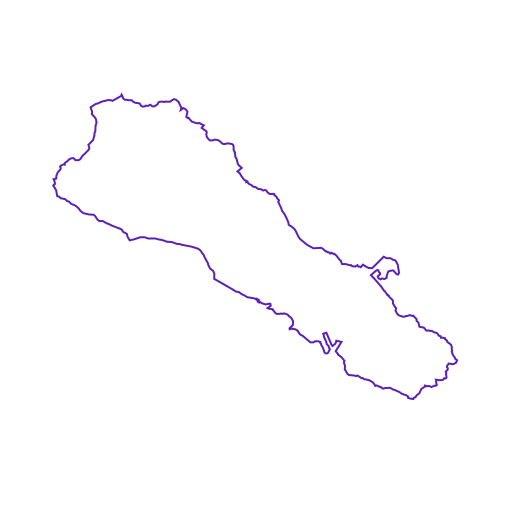 Danes, Mures, Romania, rotated 133°
{"feature_id": "2599482B49192163126076", "entity_name": "Danes", "entity_type": "district", "adm_level": 2, "iso_a3": "ROU", "parent_name": "Romania", "parent_adm1": "Mures", "projection": "orthographic", "projection_center": [24.701, 46.182], "detail": "fine", "context": "isolated", "style": "outline", "palette": "violet", "viewbox_px": 512, "rotation_deg": 133, "n_neighbors": 0, "source": "geoboundaries", "source_scale": "gbopen_adm2", "svg_char_len": 6072}
<svg xmlns="http://www.w3.org/2000/svg" viewBox="0 0 512 512"><g transform="rotate(133 256 256)"><path d="M337.8,456.4L339.1,453.7L340.4,452.2L342.7,452.4L344.2,447.0L347.8,442.2L346.9,440.5L346.9,438.2L344.6,434.4L344.6,431.4L343.7,429.8L343.9,426.5L342.6,423.4L342.2,421.2L342.1,417.7L342.6,416.1L342.7,414.2L342.4,411.5L339.6,406.6L336.5,402.8L336.5,401.0L337.5,396.5L337.3,394.4L335.1,392.1L334.7,391.1L334.4,389.0L333.8,387.9L333.7,386.6L333.1,385.8L331.9,381.7L328.5,373.3L328.3,371.7L329.0,370.0L327.9,365.4L329.5,363.2L330.7,359.1L327.7,357.0L321.4,353.5L318.4,350.5L316.6,346.6L312.0,341.8L310.1,338.2L309.0,336.7L307.0,332.8L306.6,331.3L303.2,327.1L301.2,322.3L299.5,320.2L297.9,317.1L293.0,309.3L290.4,303.8L289.9,302.0L289.9,300.0L290.7,296.8L290.9,294.8L291.9,293.0L294.2,285.9L295.0,285.0L296.5,281.1L296.1,277.3L297.3,274.5L301.2,271.0L296.0,248.5L295.8,246.6L294.0,243.8L293.7,240.5L292.6,237.1L292.1,234.3L288.2,228.5L287.8,227.2L286.8,226.6L286.5,225.1L286.7,224.8L287.3,226.3L287.6,226.5L287.7,226.2L287.4,224.8L286.9,224.7L286.6,224.2L287.5,224.4L288.0,223.9L288.2,222.6L287.7,221.8L287.0,222.2L286.4,219.2L284.9,216.0L281.5,213.5L281.2,212.9L282.3,211.3L286.2,212.0L285.8,210.7L283.5,207.3L284.1,206.6L284.0,204.7L284.5,204.0L284.3,201.5L281.7,198.8L281.0,198.5L279.9,196.8L278.9,196.4L277.3,193.0L277.5,190.3L277.2,187.9L278.5,184.3L281.3,182.0L286.0,182.2L286.6,181.4L284.3,179.9L283.7,178.5L283.0,177.7L282.4,176.0L282.5,175.2L282.2,174.0L282.8,173.2L283.3,170.2L282.5,167.3L282.1,157.4L279.9,155.0L278.1,154.7L276.0,152.4L275.0,150.3L275.7,149.9L275.8,148.6L276.7,147.3L277.5,144.4L279.8,140.1L279.8,138.8L278.8,137.6L277.7,137.3L273.7,138.4L273.4,140.0L272.4,141.3L272.1,144.5L271.0,145.8L268.6,151.5L267.7,152.4L267.0,153.8L264.1,152.2L269.5,140.1L269.7,138.7L266.4,138.2L265.0,138.5L263.2,139.5L260.5,134.9L271.3,132.8L271.8,129.0L272.2,128.7L271.7,124.4L272.4,119.7L274.0,119.1L275.6,116.0L278.5,113.6L278.7,112.1L279.6,109.8L279.8,108.3L279.6,106.8L276.4,102.6L275.5,100.9L274.2,100.3L273.3,95.3L272.6,94.9L272.4,93.1L269.8,88.9L268.8,85.0L268.9,82.8L269.7,80.2L268.8,79.9L268.0,78.7L268.1,78.1L267.3,76.6L267.2,76.0L266.9,75.8L267.0,75.3L266.6,74.8L266.4,72.6L264.2,71.3L260.9,67.9L260.2,64.7L259.4,63.4L257.6,57.9L257.4,55.7L255.3,50.8L255.0,49.0L256.0,48.1L254.8,45.5L253.3,43.4L252.2,43.9L250.4,43.1L248.0,43.5L245.1,42.9L240.6,44.4L236.6,43.5L235.5,44.1L235.1,43.6L235.1,42.6L233.1,40.9L232.2,38.4L228.8,36.8L228.5,36.1L227.1,35.8L225.4,38.3L224.1,39.3L223.7,40.0L221.5,36.8L219.4,35.1L219.0,34.8L217.0,35.0L216.5,33.9L215.4,33.6L214.1,34.6L213.1,36.2L211.7,37.1L211.3,38.3L208.1,38.4L207.1,39.5L207.0,40.6L206.3,41.2L203.2,41.7L200.7,38.0L197.7,36.9L195.1,37.8L195.3,40.2L194.8,40.8L194.4,43.2L193.5,46.0L192.8,46.6L192.4,47.7L191.4,48.1L190.0,50.0L189.3,50.3L188.0,52.5L188.0,54.7L188.4,57.4L187.6,58.7L187.9,61.0L187.2,61.6L188.6,64.1L189.6,64.8L188.8,66.4L189.5,67.6L189.4,69.1L189.0,70.1L189.1,71.6L190.3,73.5L190.9,76.4L192.0,77.5L192.6,78.8L194.4,80.5L193.9,84.4L196.3,88.3L193.9,91.7L193.9,94.4L192.7,95.4L192.4,100.4L193.3,100.9L194.3,103.2L196.5,104.3L198.0,105.7L199.1,105.9L200.3,107.4L201.9,110.7L202.1,112.8L200.8,116.7L198.6,118.0L198.4,119.7L197.4,123.3L195.1,125.7L195.0,130.6L194.4,132.4L194.6,133.0L195.0,133.1L193.9,137.7L194.1,138.3L193.0,143.5L191.9,153.8L191.7,158.9L184.8,158.2L183.6,157.7L183.0,156.9L183.8,155.5L184.0,153.4L185.2,152.7L187.2,153.2L188.1,152.9L188.7,151.2L188.3,149.1L186.4,148.5L185.4,146.5L183.0,145.5L181.8,146.6L177.8,148.5L176.6,148.5L173.6,146.5L172.9,145.5L173.4,141.4L173.0,139.7L172.5,139.4L170.7,140.0L165.6,146.5L164.2,151.0L165.3,153.2L165.9,156.1L168.6,159.1L169.4,162.1L185.7,162.7L187.9,165.4L188.9,168.7L189.4,171.9L192.7,171.7L192.9,172.8L194.0,173.9L193.5,175.6L196.0,176.2L197.8,178.6L197.9,180.4L199.1,181.4L199.5,182.6L200.9,185.1L203.2,187.6L201.6,190.7L201.8,192.2L200.9,197.3L201.0,200.2L201.5,200.4L202.1,202.9L203.1,202.9L203.7,203.9L203.4,204.2L203.7,205.5L204.5,206.3L204.5,207.7L205.1,208.3L205.1,211.6L205.5,213.8L211.2,219.3L213.0,226.4L213.5,235.2L213.1,237.7L210.6,244.1L210.0,246.5L210.3,251.0L210.8,252.2L210.8,253.5L209.3,255.3L207.3,260.0L205.9,263.9L205.2,267.8L203.7,270.4L201.3,276.6L199.8,277.0L199.5,277.5L199.4,280.0L198.7,281.6L199.0,284.0L198.2,284.8L198.4,285.3L201.2,288.1L201.6,290.6L201.1,292.9L201.2,293.6L201.9,294.7L203.2,295.4L203.8,298.0L205.5,300.1L205.9,303.4L207.3,305.4L207.2,307.3L208.1,310.6L208.1,311.9L207.3,312.9L207.5,313.4L208.4,313.7L207.6,314.3L208.1,315.2L208.3,317.1L207.4,321.7L206.6,324.2L206.8,327.2L201.3,326.5L201.4,330.7L201.0,332.1L198.1,336.7L197.6,338.9L196.6,339.6L195.2,341.8L194.5,342.0L193.9,344.4L190.9,347.4L190.4,348.5L190.5,350.0L192.8,353.4L195.4,355.2L196.5,356.5L196.8,357.7L196.7,360.5L197.1,362.5L197.7,363.7L199.2,365.7L200.7,366.3L203.0,368.7L202.8,371.7L202.3,373.4L200.8,375.5L199.4,376.2L198.6,377.2L199.4,383.1L196.0,383.3L197.0,386.3L197.2,388.1L198.4,388.7L199.0,389.5L200.3,391.8L201.5,394.9L201.0,399.7L201.7,400.1L201.9,401.7L197.1,404.6L196.7,407.8L197.4,410.0L200.5,410.6L198.2,411.9L198.1,412.9L196.1,417.7L196.3,421.2L197.2,422.9L199.3,423.7L201.5,423.9L203.4,425.8L204.5,427.3L205.7,427.8L206.4,429.1L208.8,431.6L210.1,432.1L212.4,431.5L215.8,432.3L217.3,433.9L217.4,436.4L219.9,437.4L221.2,439.1L222.4,439.4L223.9,440.6L224.4,441.6L224.5,442.6L223.8,445.2L226.4,449.1L227.0,451.2L226.8,453.0L228.8,455.2L229.9,457.0L230.8,458.0L231.2,458.8L231.3,460.6L230.0,463.1L229.7,464.3L230.8,463.7L240.4,466.8L241.2,468.7L242.7,470.4L248.3,474.1L252.7,475.9L254.1,476.9L260.0,478.4L262.4,474.1L264.3,472.7L264.4,469.2L264.9,466.8L266.7,464.2L267.8,463.2L270.1,462.2L274.6,458.4L276.3,458.0L278.0,456.4L282.4,454.2L289.0,454.4L290.4,451.9L291.2,451.1L293.5,450.8L301.6,451.2L304.6,450.6L305.8,450.7L306.8,451.1L308.8,453.0L309.1,453.7L308.8,455.4L309.1,456.5L310.9,457.9L312.9,458.6L315.4,458.6L317.6,459.2L318.8,458.9L319.6,458.2L320.1,459.2L323.4,460.5L324.2,460.3L324.8,458.8L325.9,458.2L330.1,458.0L333.5,456.7L335.7,454.9L337.8,456.4Z" fill="none" stroke="#5b21b6" stroke-width="2"/></g></svg>